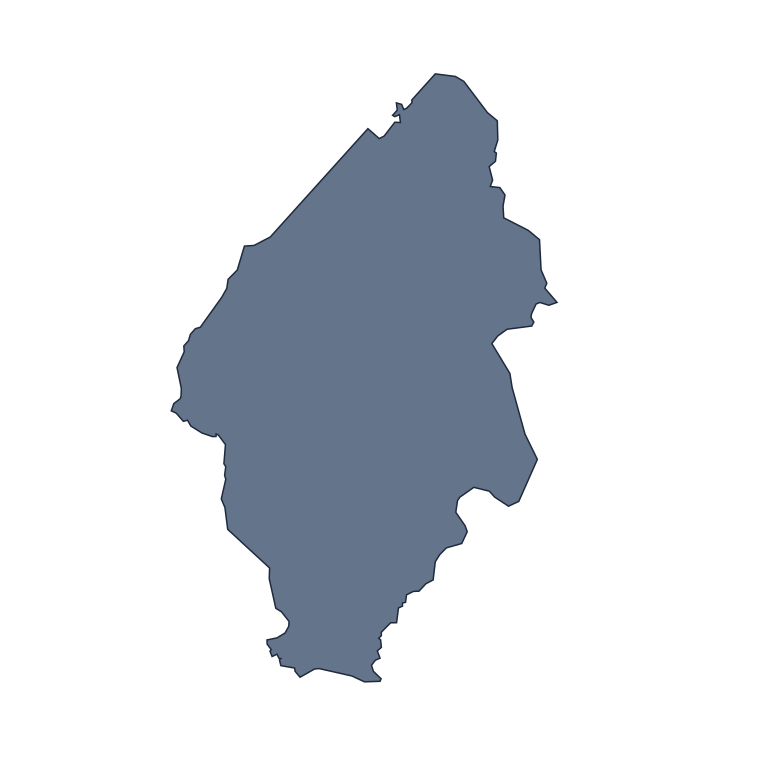 the district of Ado Odo/Ota, Ogun, Nigeria, rotated 132°
{"feature_id": "59680162B74094197759690", "entity_name": "Ado Odo/Ota", "entity_type": "district", "adm_level": 2, "iso_a3": "NGA", "parent_name": "Nigeria", "parent_adm1": "Ogun", "projection": "mercator", "projection_center": [3.173, 6.633], "detail": "medium", "context": "isolated", "style": "filled", "palette": "slate", "viewbox_px": 768, "rotation_deg": 132, "n_neighbors": 0, "source": "geoboundaries", "source_scale": "gbopen_adm2", "svg_char_len": 1971}
<svg xmlns="http://www.w3.org/2000/svg" viewBox="0 0 768 768"><g transform="rotate(132 384 384)"><path d="M112.6,475.9L113.1,488.8L105.7,527.1L107.7,536.8L119.2,553.4L154.3,553.4L156.3,551.4L163.8,551.7L166.8,552.9L164.4,558.0L166.8,562.9L171.6,557.4L178.6,557.4L178.1,554.9L173.5,552.7L178.7,546.8L182.2,551.1L199.7,549.8L204.8,551.8L205.0,566.8L350.9,566.9L368.0,573.3L374.9,580.0L397.5,569.3L410.5,569.9L418.2,564.8L428.2,562.6L464.7,558.5L469.1,561.2L476.7,561.1L482.5,558.3L489.7,558.2L493.8,554.0L510.3,548.8L522.8,531.8L528.7,526.8L531.3,525.6L539.1,527.1L546.3,524.1L544.7,518.9L546.0,508.1L542.4,505.8L544.5,499.3L542.2,486.4L537.9,476.3L535.4,473.7L533.5,475.3L532.8,472.7L535.1,461.3L550.4,449.6L551.3,446.3L558.6,441.3L560.6,437.9L578.3,428.0L582.2,419.6L596.6,402.9L597.3,345.9L605.5,339.0L623.1,314.3L621.9,307.7L624.0,295.7L627.7,292.7L635.1,290.9L644.3,293.7L652.5,299.7L655.5,296.8L656.9,289.9L658.8,290.0L661.4,284.8L656.4,282.7L658.2,278.3L657.1,277.0L659.1,276.9L662.3,272.2L654.9,260.3L657.0,257.9L658.1,250.2L642.3,244.9L638.9,241.8L622.4,212.3L618.4,199.2L607.6,188.0L605.0,188.9L604.6,199.6L601.4,205.1L595.1,205.6L590.4,203.5L586.8,210.4L581.5,209.7L576.4,215.3L576.5,217.8L572.8,217.6L570.2,219.9L557.0,219.3L553.0,214.9L540.7,223.4L536.7,221.6L534.4,223.7L531.8,221.9L525.6,226.2L518.5,223.4L514.6,219.4L504.4,219.2L496.7,216.4L481.7,227.0L473.4,228.4L464.0,228.0L450.5,219.5L438.1,223.3L435.1,228.8L431.3,244.8L421.5,251.3L417.2,251.9L400.7,248.1L393.2,234.0L394.0,226.1L391.5,209.7L381.0,205.3L337.4,219.6L326.9,245.7L300.9,286.4L291.9,297.5L281.8,330.9L272.2,331.6L261.0,329.2L242.1,313.0L237.7,314.1L236.2,319.3L233.0,321.4L222.8,324.5L219.1,322.7L215.2,314.2L207.6,310.0L205.2,328.7L200.2,330.4L194.1,343.6L172.7,365.0L173.3,379.6L180.4,406.2L172.1,414.6L162.6,420.5L160.5,429.3L166.1,437.2L159.8,439.7L152.1,451.3L143.9,450.2L137.2,455.0L137.5,457.6L126.5,462.7L112.6,475.9Z" fill="#64748b" stroke="#1e293b" stroke-width="1.5"/></g></svg>